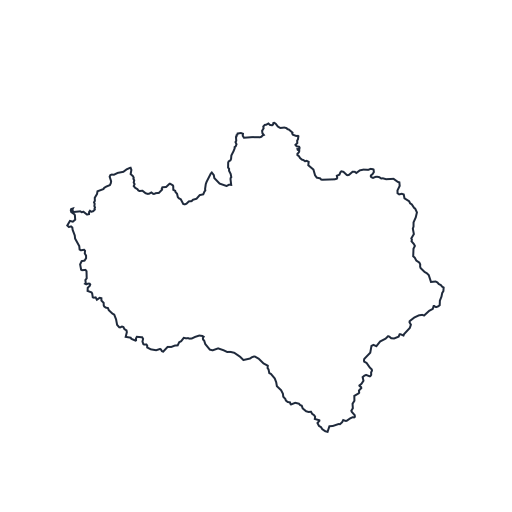 the district of Tayacaja, Huancavelica, Peru, rotated 207°
{"feature_id": "86281439B91012352076021", "entity_name": "Tayacaja", "entity_type": "district", "adm_level": 2, "iso_a3": "PER", "parent_name": "Peru", "parent_adm1": "Huancavelica", "projection": "albers", "projection_center": [-74.763, -12.259], "detail": "fine", "context": "isolated", "style": "outline", "palette": "slate", "viewbox_px": 512, "rotation_deg": 207, "n_neighbors": 0, "source": "geoboundaries", "source_scale": "gbopen_adm2", "svg_char_len": 6120}
<svg xmlns="http://www.w3.org/2000/svg" viewBox="0 0 512 512"><g transform="rotate(207 256 256)"><path d="M333.3,310.3L333.7,308.8L333.7,299.7L333.4,297.3L331.8,292.6L330.9,291.3L331.2,290.2L331.0,287.0L333.8,284.7L335.0,280.0L337.7,277.5L338.3,275.6L340.6,274.2L341.7,271.0L342.9,269.7L344.4,269.3L348.8,272.4L350.9,272.4L352.4,273.0L354.6,275.6L356.7,276.4L357.6,277.4L359.7,277.4L361.5,280.7L362.2,281.2L365.4,281.4L365.8,281.2L367.4,276.7L370.6,274.7L370.5,273.1L369.8,272.5L371.2,268.1L373.8,266.5L374.7,265.3L375.7,264.7L378.1,265.1L379.4,263.1L380.6,262.2L382.9,261.8L386.8,262.6L389.3,261.0L390.7,261.0L391.9,261.7L394.6,261.9L396.7,262.8L396.8,264.9L398.3,265.9L398.9,268.2L400.3,269.1L400.4,270.1L401.7,271.2L404.9,272.1L406.1,276.1L407.8,277.7L408.4,277.2L410.6,274.5L412.4,270.8L416.9,267.3L419.5,263.9L421.6,263.0L422.5,261.9L422.4,260.2L419.0,256.8L418.4,254.8L418.4,252.8L420.9,249.9L422.2,247.8L422.3,246.4L426.6,241.7L425.8,239.1L426.1,234.7L424.6,231.9L424.7,230.3L423.4,229.2L422.7,227.1L421.5,226.2L421.4,225.0L420.7,224.2L421.4,222.0L422.9,220.6L424.5,220.9L424.7,219.5L423.8,217.5L425.4,216.2L429.9,217.1L431.1,215.9L432.9,216.0L438.5,212.4L439.6,212.6L439.9,213.3L440.6,213.6L440.7,215.2L442.0,213.9L441.8,212.7L440.6,211.3L436.7,210.7L435.9,210.1L433.6,206.3L434.8,203.4L437.7,202.8L438.0,197.5L435.9,196.9L434.2,198.4L432.6,198.0L431.3,196.1L426.8,192.0L425.1,189.4L418.0,184.6L416.1,181.7L414.6,181.6L412.0,183.5L410.7,183.0L409.7,180.5L407.6,179.2L406.4,176.9L406.7,174.0L409.0,172.3L408.9,168.7L405.6,164.4L404.5,164.4L401.6,166.2L400.1,165.5L396.7,159.2L397.1,157.1L395.4,154.6L395.7,153.7L394.4,153.7L393.0,155.2L391.7,155.8L390.8,155.4L390.6,153.9L391.5,151.3L390.2,148.4L386.1,148.9L385.0,148.3L382.7,145.1L381.6,145.2L380.1,146.3L377.9,144.8L376.3,147.8L374.6,148.2L373.5,146.1L370.5,145.1L369.2,142.8L368.3,142.1L366.4,141.8L364.3,142.4L362.6,140.9L357.8,139.5L355.7,139.4L351.9,136.0L348.5,131.6L345.5,130.4L344.6,130.7L343.4,132.3L341.9,132.5L340.0,131.1L337.6,130.9L336.5,129.5L335.4,124.8L330.6,126.3L329.4,125.6L324.9,125.9L324.6,126.4L325.5,127.9L325.5,129.9L320.5,131.9L319.0,130.9L318.3,128.2L316.3,126.3L315.5,126.3L313.5,127.4L312.3,126.8L311.4,125.1L307.3,125.1L302.2,126.7L299.3,129.6L298.4,129.6L296.6,128.5L295.3,128.6L293.5,134.8L290.2,136.5L287.6,139.4L285.2,140.8L285.3,144.3L284.0,146.1L283.2,150.3L280.9,150.9L279.2,152.0L277.9,152.1L275.8,153.3L273.5,156.3L270.4,159.4L267.5,160.4L266.0,160.3L266.1,158.8L265.2,157.5L263.8,157.1L261.2,154.5L254.6,151.6L251.8,152.3L247.8,156.5L242.1,157.3L238.1,157.4L235.1,159.0L231.4,159.9L224.4,159.0L220.0,157.6L214.7,162.0L213.8,163.8L212.2,165.5L211.3,165.9L206.9,165.7L200.6,163.7L195.7,163.6L194.8,161.4L193.3,160.6L191.0,157.7L189.1,157.7L183.7,155.4L180.7,152.7L178.3,149.5L172.7,147.8L169.5,145.5L167.8,143.0L164.9,141.9L163.8,140.8L161.5,140.3L159.2,141.0L158.2,139.9L157.4,139.6L154.4,143.0L150.7,143.9L148.9,143.2L147.3,143.4L145.2,141.4L140.9,140.4L138.3,140.9L136.3,142.2L134.4,140.9L131.9,140.5L130.4,139.7L129.6,137.5L125.0,138.4L124.7,138.0L125.4,135.1L122.8,133.2L120.3,133.0L118.4,131.8L114.8,131.3L112.4,131.8L113.3,137.6L110.3,139.5L106.2,143.7L104.8,144.3L103.8,147.0L103.8,149.4L101.4,149.7L100.4,150.3L98.3,154.2L96.7,156.2L95.3,156.7L94.9,157.6L95.8,159.0L99.9,160.6L100.8,161.4L100.6,164.3L102.9,168.2L102.6,171.7L104.9,176.0L102.2,180.2L102.0,181.0L103.2,182.9L102.2,186.1L102.8,186.9L104.6,187.1L105.1,187.6L104.0,190.0L103.6,193.6L106.0,196.5L105.1,198.6L103.9,200.0L100.1,200.4L99.6,200.8L99.4,202.4L100.6,204.6L100.6,206.5L101.4,207.5L104.0,208.3L108.9,210.9L111.7,211.0L112.5,212.2L112.8,213.5L110.3,221.7L112.3,228.3L111.0,230.1L107.8,230.3L106.6,236.2L103.0,241.2L101.9,244.5L100.6,244.7L98.2,244.1L95.5,245.2L92.3,248.9L92.5,251.5L91.7,251.9L88.5,252.1L88.6,253.7L86.3,261.7L86.8,265.1L89.1,266.6L89.5,267.6L89.2,268.4L87.0,273.1L83.9,277.1L81.2,279.0L79.2,279.3L76.8,285.8L74.5,289.1L75.0,292.1L74.5,292.4L73.0,292.1L72.1,292.4L70.7,294.0L70.0,295.6L71.9,299.7L72.3,304.0L73.3,307.6L73.1,309.8L74.5,313.1L76.3,313.2L78.0,314.0L80.5,314.0L82.3,314.8L84.4,314.8L88.3,312.3L93.4,317.4L96.0,318.2L98.5,318.3L103.9,320.0L104.9,321.0L105.9,323.1L107.5,324.3L111.1,324.7L113.8,326.6L115.8,327.1L119.0,334.0L119.0,337.1L120.7,338.3L124.1,339.7L124.5,341.3L125.6,342.2L125.3,347.2L128.7,351.6L129.0,353.7L130.9,357.5L131.2,362.9L132.4,367.9L135.7,370.5L136.9,370.6L140.6,372.7L142.6,372.9L144.4,374.3L149.9,374.8L152.3,377.9L154.4,377.6L156.4,375.9L158.4,376.2L159.7,378.6L159.8,383.7L161.7,386.7L163.3,386.4L168.5,387.2L174.9,383.5L178.3,382.8L179.6,381.9L181.9,382.2L183.8,381.7L185.4,380.8L187.2,378.7L189.1,378.6L189.9,379.1L190.2,379.9L189.3,382.0L189.1,384.3L190.5,386.4L191.3,386.4L193.5,385.6L195.0,383.8L199.4,381.8L202.4,379.4L204.3,375.5L206.2,375.9L208.2,374.9L210.0,370.5L211.0,369.6L211.9,369.4L216.3,370.7L218.4,370.2L218.8,368.9L218.6,366.3L220.4,364.2L219.1,362.5L219.1,361.5L220.8,360.0L231.8,353.9L232.7,353.7L234.1,354.3L237.4,353.4L240.0,354.7L244.1,359.1L250.6,360.6L251.8,363.8L254.1,363.8L255.3,362.7L257.3,363.0L258.8,362.7L261.3,363.3L263.0,364.4L264.9,364.7L265.5,365.8L264.9,367.8L265.1,369.2L265.5,369.8L267.0,369.5L267.6,370.1L266.0,371.2L266.3,372.2L267.1,372.9L269.6,372.2L271.3,372.9L270.5,375.4L271.7,377.5L271.6,379.0L272.6,382.0L273.1,382.1L274.7,381.2L278.2,380.8L279.3,381.5L279.5,382.5L284.2,383.6L285.6,383.3L286.8,383.8L289.1,383.3L292.3,381.2L293.2,381.1L295.4,381.3L298.3,382.7L300.2,383.0L300.9,382.4L300.5,380.8L301.0,379.8L303.1,379.1L305.1,379.7L306.5,377.6L307.7,376.8L308.3,374.7L307.2,373.2L307.4,370.3L306.0,368.3L304.0,367.4L304.9,366.3L305.3,364.7L306.4,363.6L313.5,360.1L320.4,355.9L322.4,357.1L323.1,359.0L325.3,358.7L328.0,356.8L327.7,355.7L328.2,354.7L327.6,353.6L327.9,353.0L325.9,349.7L326.0,348.2L324.1,346.7L323.9,344.5L324.5,343.3L323.9,342.3L323.6,339.2L323.6,334.4L322.3,331.2L322.2,329.6L323.3,327.9L323.2,326.6L321.0,322.1L319.6,321.5L318.7,319.7L315.8,317.6L313.8,315.0L314.0,313.9L313.6,312.9L310.4,308.1L312.3,307.4L314.0,305.0L321.3,304.0L328.5,306.5L330.3,308.9L333.3,310.3Z" fill="none" stroke="#1e293b" stroke-width="2"/></g></svg>